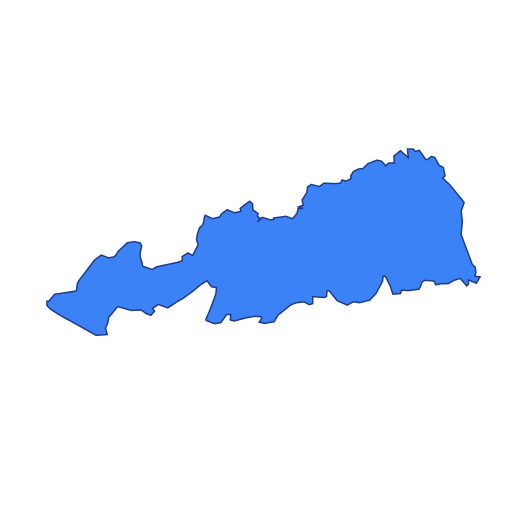 Guaynabo, Puerto Rico, rotated 258°
{"feature_id": "32010507B75781996269938", "entity_name": "Guaynabo", "entity_type": "district", "adm_level": 2, "iso_a3": "PRI", "parent_name": "Puerto Rico", "parent_adm1": "", "projection": "robinson", "projection_center": [-66.113, 18.359], "detail": "fine", "context": "isolated", "style": "filled", "palette": "blue", "viewbox_px": 512, "rotation_deg": 258, "n_neighbors": 0, "source": "geoboundaries", "source_scale": "gbopen_adm2", "svg_char_len": 2773}
<svg xmlns="http://www.w3.org/2000/svg" viewBox="0 0 512 512"><g transform="rotate(258 256 256)"><path d="M211.7,83.1L210.1,94.2L216.6,93.8L221.3,97.0L226.6,99.2L235.3,110.2L228.7,122.7L227.0,132.5L222.2,136.9L219.9,140.9L223.1,145.3L226.3,144.0L228.9,150.5L223.6,158.9L224.9,162.4L226.2,165.7L227.7,169.2L229.7,175.8L235.4,188.4L239.4,195.7L242.0,202.9L235.2,206.0L233.3,210.7L227.7,209.1L221.1,205.0L212.6,199.6L204.6,193.9L203.4,193.8L199.5,199.5L198.3,202.2L198.2,207.8L204.9,215.2L204.0,219.2L198.8,217.5L197.0,221.2L197.6,233.7L197.3,241.6L195.8,247.8L194.1,248.9L190.6,245.4L188.3,250.5L188.0,257.9L187.9,260.0L193.7,265.3L201.0,280.0L201.9,285.8L201.1,293.5L197.3,298.0L197.7,301.6L204.5,303.0L201.3,313.8L201.6,316.5L207.2,318.2L206.7,320.4L200.5,323.5L195.2,326.3L193.8,328.4L189.0,335.1L191.0,341.7L188.8,347.6L189.2,358.0L191.3,361.0L194.2,365.4L205.1,374.6L209.9,376.2L209.1,378.4L198.5,381.1L190.2,382.0L189.2,389.2L192.4,391.4L190.5,397.4L189.6,408.4L191.9,410.5L196.1,413.0L197.0,416.2L196.6,418.0L194.6,424.8L190.4,426.0L190.4,431.5L189.0,438.4L191.1,445.0L191.6,451.1L182.9,455.9L184.3,458.0L188.4,458.9L183.5,465.8L189.0,470.8L190.7,465.9L194.3,467.7L199.3,468.1L203.0,465.7L234.4,461.1L247.2,465.1L257.3,466.0L264.5,470.4L265.4,470.6L284.7,460.7L286.9,459.3L293.4,454.7L295.0,457.6L303.7,457.6L306.8,453.9L315.2,451.3L316.9,448.2L314.6,443.5L315.8,441.7L325.4,437.7L325.3,433.3L327.8,432.2L329.1,426.4L320.5,425.4L329.0,419.1L325.1,411.7L318.3,410.6L319.3,405.2L317.4,401.5L322.6,398.6L324.6,394.1L323.1,384.8L319.3,378.8L319.8,374.2L318.4,368.9L314.6,365.2L312.0,365.3L310.5,359.8L312.5,356.1L309.7,353.8L310.1,349.6L313.1,337.4L310.7,332.5L314.5,324.8L312.7,320.7L307.6,319.0L301.2,312.7L295.8,312.8L295.2,307.8L292.6,312.1L293.6,307.0L289.1,305.0L284.9,299.5L288.6,293.6L289.5,281.4L288.3,281.0L288.2,277.9L292.5,270.1L288.9,264.5L292.2,267.6L294.6,265.6L297.1,266.9L301.7,262.6L307.9,263.4L310.9,261.2L308.4,255.5L308.2,255.1L305.8,250.4L302.9,250.7L302.8,243.8L307.1,237.7L307.2,237.3L305.2,232.7L304.0,230.5L301.8,228.9L301.5,221.3L306.4,214.8L304.6,213.4L301.5,212.5L297.6,210.4L296.5,208.7L295.2,206.5L288.9,202.9L284.1,201.2L282.2,201.4L279.1,201.8L269.9,194.3L269.7,194.1L273.2,190.0L270.7,183.6L267.0,183.0L266.1,179.1L266.1,156.7L264.4,151.5L264.7,151.1L269.5,143.1L270.5,143.0L272.9,143.1L278.6,142.6L282.7,143.1L287.4,145.3L289.5,146.2L292.8,145.5L295.3,140.2L295.7,132.8L288.8,121.6L285.9,119.1L284.6,116.5L284.9,111.2L289.1,104.8L287.2,100.8L285.5,97.1L274.5,84.4L268.4,77.2L266.8,76.3L266.4,75.6L260.2,73.4L259.2,73.0L259.4,68.4L260.4,51.0L254.7,43.7L255.3,42.2L251.2,41.2L247.5,43.4L247.1,43.6L244.8,45.9L241.2,49.5L237.2,53.8L233.2,58.3L231.0,61.1L212.5,82.1L211.7,83.1Z" fill="#3b82f6" stroke="#1e3a8a" stroke-width="1.5"/></g></svg>